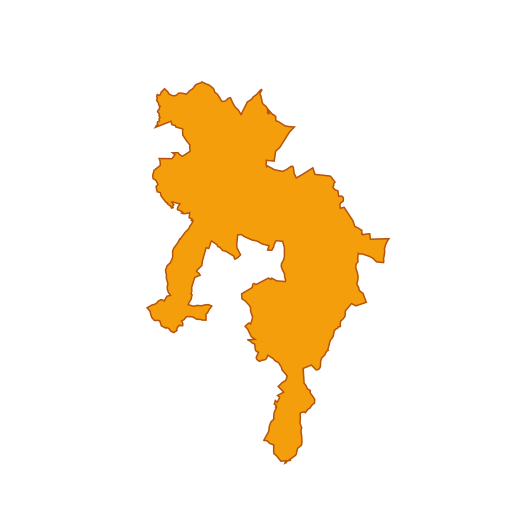 outline of El Roble, Sucre, Colombia, rotated 237°
{"feature_id": "7082276B3034597933819", "entity_name": "El Roble", "entity_type": "district", "adm_level": 2, "iso_a3": "COL", "parent_name": "Colombia", "parent_adm1": "Sucre", "projection": "albers", "projection_center": [-75.136, 9.08], "detail": "fine", "context": "isolated", "style": "filled", "palette": "amber", "viewbox_px": 512, "rotation_deg": 237, "n_neighbors": 0, "source": "geoboundaries", "source_scale": "gbopen_adm2", "svg_char_len": 6134}
<svg xmlns="http://www.w3.org/2000/svg" viewBox="0 0 512 512"><g transform="rotate(237 256 256)"><path d="M157.1,323.3L166.3,325.4L170.9,323.8L173.4,324.9L177.3,325.2L178.5,326.1L180.1,328.1L183.1,330.4L187.1,332.0L191.2,333.1L193.7,334.5L195.1,336.6L195.6,338.4L199.5,340.7L202.5,343.2L201.5,343.7L199.8,346.3L193.9,350.9L190.8,352.7L185.4,353.9L181.0,359.4L182.6,360.7L184.3,361.4L185.4,362.7L189.0,365.9L192.1,367.7L194.9,370.9L197.0,374.2L198.1,376.9L207.8,361.1L212.7,363.5L214.5,360.3L215.0,358.5L216.0,356.9L216.3,357.3L216.7,356.7L219.9,358.7L224.3,356.7L227.0,355.0L232.9,356.5L248.9,356.4L250.1,352.7L253.4,354.3L254.4,356.0L254.5,359.0L256.7,360.7L257.6,361.0L259.5,360.6L261.0,357.9L265.9,360.2L268.9,358.2L271.4,357.9L272.0,358.2L272.9,359.7L274.2,360.5L274.8,361.7L274.9,362.5L281.2,362.1L282.9,361.5L292.3,349.9L299.0,351.7L299.1,339.1L299.6,332.3L304.5,333.0L310.0,335.6L311.4,335.5L312.1,334.1L311.9,328.4L312.5,324.4L318.3,318.5L325.1,314.8L324.9,313.7L325.1,313.4L326.0,314.1L327.3,314.2L329.0,315.9L330.7,316.7L325.7,322.9L333.1,329.5L334.2,335.4L341.8,351.8L343.3,358.4L347.0,353.6L349.6,351.1L356.9,347.8L358.6,346.3L362.2,348.5L364.9,347.7L365.6,347.0L371.5,346.1L370.4,345.1L368.9,344.8L369.3,344.5L368.7,344.0L369.9,343.6L371.5,345.0L373.8,345.9L376.1,345.9L379.4,344.7L380.7,344.7L387.7,347.3L389.6,347.5L390.3,348.0L392.0,351.3L392.6,351.3L392.7,349.9L391.2,344.9L390.9,340.2L389.9,337.7L389.9,332.7L383.5,321.7L382.7,320.9L382.8,320.5L387.9,320.7L392.4,319.6L397.3,319.9L402.7,320.8L403.4,318.2L402.8,316.1L402.9,313.8L404.3,311.6L411.6,311.8L413.6,311.5L415.7,310.6L418.5,311.4L420.7,311.3L425.5,309.5L425.5,309.2L431.5,305.4L431.2,304.3L432.3,300.5L432.4,298.4L430.8,294.2L430.7,290.1L429.6,285.7L432.4,283.1L434.2,280.9L434.8,279.4L434.3,277.9L434.4,275.8L435.2,274.2L436.4,273.0L439.0,271.4L442.0,271.4L446.1,270.4L445.1,265.7L444.0,264.5L443.4,263.2L443.4,262.2L445.0,261.5L445.1,260.9L443.9,259.6L442.1,259.3L441.3,257.9L440.3,257.3L437.9,257.6L434.8,256.5L433.8,257.2L433.4,256.3L431.7,254.6L431.5,253.0L430.5,251.9L429.5,252.2L427.5,252.2L426.6,251.1L425.7,250.8L424.6,251.2L424.0,249.6L421.8,248.6L422.1,246.6L421.1,245.5L419.7,245.2L419.6,243.3L418.7,241.6L415.3,258.1L412.0,257.0L409.3,259.4L407.9,259.0L402.5,263.7L397.4,260.4L390.4,260.5L384.9,261.0L383.8,259.9L379.7,257.7L379.7,248.4L383.4,247.0L385.1,246.9L388.0,242.2L385.1,243.2L383.4,238.5L390.5,227.9L387.5,227.1L384.1,225.1L383.4,217.2L379.9,213.3L376.9,211.8L374.8,213.0L373.6,213.2L369.4,212.8L368.7,210.0L363.7,208.1L361.2,210.3L358.0,209.1L351.4,209.6L349.9,209.8L348.5,210.7L347.9,210.1L344.4,211.5L342.1,211.3L341.7,212.9L343.4,213.2L343.7,215.0L347.1,214.7L347.1,215.1L341.1,220.6L340.4,218.6L339.3,216.7L338.4,215.7L337.3,215.4L336.9,216.2L332.7,218.3L332.6,217.1L331.9,217.8L331.4,217.7L329.9,219.9L328.5,224.0L324.6,220.8L321.7,222.5L321.0,222.6L320.8,222.2L321.3,221.4L321.0,221.0L319.6,222.1L318.1,219.6L317.0,216.7L315.6,214.7L314.3,209.0L311.3,201.4L311.3,201.1L311.7,201.1L309.7,197.6L307.3,191.2L305.5,188.7L300.7,185.7L299.1,183.7L297.0,180.4L296.3,176.2L293.3,172.3L288.6,170.4L286.2,168.7L280.9,167.1L278.8,165.0L276.2,163.4L273.2,162.7L269.6,162.8L270.8,159.3L268.2,154.6L270.3,153.5L271.2,152.4L271.4,149.3L270.6,147.1L270.6,145.3L271.6,142.0L271.9,136.4L267.6,137.0L261.5,135.1L257.6,135.6L256.8,136.2L255.7,138.4L253.9,139.9L248.9,138.6L244.8,140.9L244.6,141.2L244.9,141.6L243.6,142.9L242.2,143.4L239.3,143.6L236.5,145.4L236.6,149.1L237.4,149.1L239.1,151.5L239.1,152.6L239.8,153.8L239.2,154.1L237.5,156.6L239.6,158.0L242.0,158.1L241.8,161.0L242.8,163.8L242.8,164.7L242.3,165.9L239.3,169.8L235.1,171.9L232.9,175.1L231.7,175.8L229.4,179.2L234.7,182.6L234.7,184.4L236.5,187.3L238.1,191.7L241.3,189.5L243.0,186.1L244.0,183.1L246.6,179.8L247.8,176.4L252.1,172.6L253.5,174.7L255.0,177.9L258.3,181.3L259.4,180.7L261.8,183.3L264.5,184.7L271.4,192.9L270.3,198.7L272.3,198.8L275.3,197.8L276.0,198.3L277.6,205.5L281.1,208.4L290.1,218.7L288.0,220.5L292.8,226.5L292.8,226.9L286.8,229.4L284.7,229.1L283.1,230.4L279.2,230.9L276.0,233.5L267.7,237.4L266.4,236.7L264.7,236.6L264.6,240.3L265.4,243.7L273.2,244.5L275.7,245.8L283.7,252.1L281.8,255.6L278.9,256.6L271.4,261.5L268.3,264.8L262.4,268.0L257.6,272.5L254.7,269.0L253.0,271.1L252.3,272.7L254.2,276.0L255.5,277.0L257.9,281.3L253.8,286.3L247.4,284.3L240.1,279.5L237.7,277.0L235.7,273.2L233.6,271.5L229.9,270.6L225.9,270.3L222.7,268.6L219.7,267.7L218.6,266.7L223.9,259.8L228.9,257.1L228.2,255.7L230.7,254.5L232.1,240.4L233.9,239.6L234.1,238.0L231.6,235.5L232.1,223.3L227.8,220.9L224.1,222.5L218.6,223.4L216.0,223.4L212.4,221.3L207.0,220.0L205.4,218.7L201.9,214.4L203.4,213.8L203.8,213.2L202.9,208.5L199.4,209.2L191.0,208.1L186.6,209.8L190.1,203.6L189.8,203.5L187.4,205.0L184.9,205.5L183.2,206.8L182.4,206.7L178.5,204.7L176.6,204.3L175.7,204.4L173.9,205.7L170.8,200.9L169.3,200.4L167.0,200.8L165.5,201.9L165.7,203.0L164.0,207.4L164.3,209.0L166.3,211.9L160.4,214.6L158.1,214.8L154.2,216.8L148.9,216.7L146.4,215.8L138.2,216.8L135.4,213.0L135.6,209.2L134.5,203.5L126.8,205.1L127.3,198.1L124.7,198.9L121.7,194.2L124.3,193.5L121.7,190.6L119.8,191.7L118.6,190.1L117.8,190.7L115.5,186.8L113.2,184.5L109.5,182.0L108.8,178.5L108.1,177.2L106.0,174.5L101.9,171.0L97.2,162.2L96.8,162.3L94.9,164.8L91.6,165.3L87.9,168.0L82.9,164.6L80.6,163.4L77.3,164.4L70.4,165.1L68.0,169.5L66.6,167.6L66.6,168.3L66.2,168.4L66.3,168.8L66.8,168.9L66.9,172.3L66.3,172.3L65.9,173.3L66.1,173.8L66.9,173.8L67.3,180.7L68.0,181.9L71.6,185.6L72.1,186.6L72.6,190.8L73.3,191.9L75.3,193.5L81.0,196.7L83.8,197.9L85.8,199.2L86.8,200.7L91.8,201.8L95.0,204.3L100.3,207.6L99.2,211.3L97.7,212.0L99.1,215.9L99.1,218.5L100.5,221.8L100.8,225.0L103.9,227.2L111.9,227.0L113.7,228.3L116.7,226.7L119.6,227.3L123.2,227.1L136.0,234.3L134.4,243.0L127.7,244.4L126.9,246.3L127.1,248.1L128.0,249.6L132.5,252.9L134.6,255.5L135.6,259.9L137.7,263.4L137.6,265.3L138.4,265.3L144.6,272.1L146.3,276.6L150.6,281.0L151.3,283.4L150.9,285.0L151.8,286.3L150.9,288.2L151.6,288.9L152.7,289.2L155.3,291.6L155.7,294.3L156.7,297.4L157.1,298.0L161.3,301.1L164.1,310.2L159.8,312.6L157.1,323.3Z" fill="#f59e0b" stroke="#b45309" stroke-width="1.5"/></g></svg>